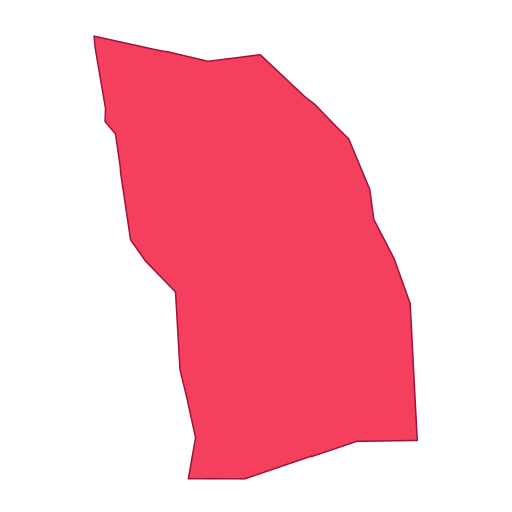 the district of Delgercogt, Dundgovi, Mongolia, rotated 179°
{"feature_id": "93677404B64983706769392", "entity_name": "Delgercogt", "entity_type": "district", "adm_level": 2, "iso_a3": "MNG", "parent_name": "Mongolia", "parent_adm1": "Dundgovi", "projection": "mercator", "projection_center": [106.308, 46.266], "detail": "fine", "context": "isolated", "style": "filled", "palette": "rose", "viewbox_px": 512, "rotation_deg": 179, "n_neighbors": 0, "source": "geoboundaries", "source_scale": "gbopen_adm2", "svg_char_len": 583}
<svg xmlns="http://www.w3.org/2000/svg" viewBox="0 0 512 512"><g transform="rotate(179 256 256)"><path d="M161.3,371.5L174.2,384.7L194.4,406.4L204.3,414.3L238.5,447.7L248.2,457.2L300.8,451.5L340.8,461.8L345.3,462.4L354.4,464.4L414.0,478.6L413.2,467.0L403.9,406.1L404.6,393.1L394.4,380.6L390.3,348.6L389.9,341.4L387.3,321.7L381.1,274.3L366.6,252.9L337.1,221.4L334.0,143.8L327.7,115.8L319.6,75.5L327.5,34.5L271.1,33.4L203.8,55.1L203.8,54.5L158.8,68.9L98.0,68.8L102.7,205.9L117.9,250.8L137.6,290.6L141.1,320.7L161.3,371.5Z" fill="#f43f5e" stroke="#9f1239" stroke-width="1.5"/></g></svg>